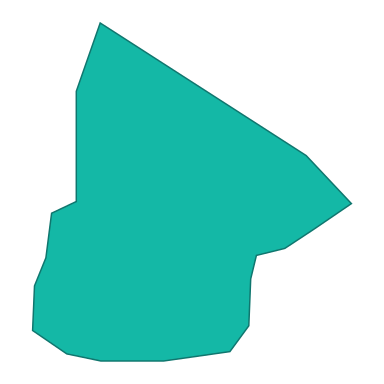 Nadur, Mercator projection
{"feature_id": "MLT-5979", "entity_name": "Nadur", "entity_type": "state/province", "adm_level": 1, "iso_a3": "MLT", "parent_name": "Malta", "parent_adm1": "", "projection": "mercator", "projection_center": [14.297, 36.047], "detail": "fine", "context": "isolated", "style": "filled", "palette": "teal", "viewbox_px": 384, "rotation_deg": 0, "n_neighbors": 0, "source": "natural_earth", "source_scale": "10m", "svg_char_len": 350}
<svg xmlns="http://www.w3.org/2000/svg" viewBox="0 0 384 384"><path d="M100.2,23.0L306.2,155.6L351.4,203.6L313.3,229.6L284.8,248.4L256.4,255.4L250.7,278.9L248.8,325.8L229.9,351.6L163.5,361.0L100.9,361.0L66.8,353.9L32.6,330.5L34.5,285.9L45.9,257.8L51.6,213.2L76.3,201.5L76.3,91.3L100.2,23.0Z" fill="#14b8a6" stroke="#0f766e" stroke-width="1.5"/></svg>